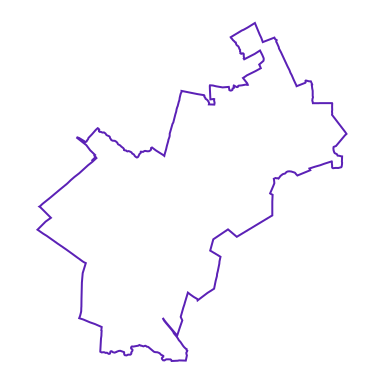 Vlasinesti, Botosani, Romania (Albers equal-area conic projection)
{"feature_id": "2599482B22967990997973", "entity_name": "Vlasinesti", "entity_type": "district", "adm_level": 2, "iso_a3": "ROU", "parent_name": "Romania", "parent_adm1": "Botosani", "projection": "albers", "projection_center": [26.916, 47.927], "detail": "fine", "context": "isolated", "style": "outline", "palette": "violet", "viewbox_px": 384, "rotation_deg": 0, "n_neighbors": 0, "source": "geoboundaries", "source_scale": "gbopen_adm2", "svg_char_len": 5917}
<svg xmlns="http://www.w3.org/2000/svg" viewBox="0 0 384 384"><path d="M220.5,256.8L210.2,250.6L213.3,239.3L228.0,229.4L236.8,236.8L272.3,215.4L272.3,201.5L272.6,194.8L270.5,193.7L270.1,193.4L273.1,186.4L274.3,183.4L274.3,182.7L274.1,180.5L273.8,178.8L274.0,178.7L275.6,178.0L276.7,178.3L277.5,178.2L278.5,178.6L280.7,175.7L281.4,175.3L282.4,174.4L283.2,174.0L284.8,173.6L285.2,173.4L286.5,172.0L287.6,171.5L289.1,171.3L291.2,171.5L294.7,172.6L295.1,172.9L296.1,174.2L297.4,175.5L310.3,170.2L309.4,168.5L315.0,166.7L320.3,165.2L324.1,163.8L331.7,161.4L331.9,161.8L331.9,163.9L332.1,165.1L332.1,166.9L332.2,167.6L332.7,168.0L333.0,168.2L335.8,167.9L338.3,168.0L341.3,167.2L341.7,166.4L342.0,164.3L342.1,162.5L341.9,161.8L342.1,156.4L341.1,156.3L339.4,155.8L337.6,155.6L336.9,154.2L334.7,153.1L334.2,152.2L333.6,150.4L333.4,148.5L333.5,147.6L333.6,147.0L333.9,146.8L336.0,146.0L344.9,135.4L346.5,133.9L345.2,132.0L332.0,114.8L332.2,113.5L332.0,111.6L332.2,109.9L332.1,106.8L332.2,103.4L332.0,103.1L312.9,103.2L312.7,101.9L312.3,100.7L312.5,98.7L312.8,98.0L313.0,97.1L312.7,96.1L312.7,90.9L312.2,88.3L311.9,85.5L311.7,85.0L311.7,84.9L312.2,84.6L312.0,84.0L310.8,81.3L309.0,81.3L305.9,80.5L305.5,80.8L305.6,82.4L305.3,82.8L296.6,86.2L296.4,85.5L293.8,80.0L291.7,75.1L290.4,72.7L289.5,70.2L287.5,66.3L281.0,52.3L279.0,48.5L278.9,48.1L278.8,47.2L276.8,42.7L276.3,41.9L276.2,41.3L276.7,40.2L276.6,39.9L275.5,39.5L275.2,39.2L274.4,37.6L262.8,42.1L261.2,37.7L259.7,34.6L254.9,23.0L247.5,27.6L243.7,29.7L241.8,30.5L230.7,37.2L231.1,37.9L232.3,39.2L233.0,40.2L234.3,41.3L234.9,42.1L235.7,42.4L236.0,43.2L235.9,43.5L236.5,44.8L237.0,45.4L238.0,46.1L238.5,46.6L239.6,49.3L240.1,49.9L240.0,51.3L240.6,52.7L240.4,53.3L241.0,53.7L241.7,53.8L242.7,53.3L243.2,53.4L243.8,54.1L243.7,56.1L244.1,57.7L244.1,58.0L243.7,58.5L244.2,59.3L254.7,53.9L260.0,50.5L262.3,55.0L263.5,57.8L263.7,58.5L263.7,59.5L263.5,60.7L263.3,61.0L259.2,64.5L260.0,66.2L260.8,68.2L255.5,71.1L246.8,75.4L245.6,76.3L243.0,78.0L247.2,83.3L247.8,84.8L247.2,84.9L246.0,84.6L245.2,84.7L242.1,85.3L238.5,85.7L238.2,85.9L238.0,86.7L237.6,87.0L237.2,87.1L236.5,87.0L233.9,85.5L233.6,86.0L233.7,86.8L234.0,87.6L233.9,87.9L233.3,88.3L232.6,88.5L232.4,89.8L232.0,90.2L230.9,90.6L230.2,90.5L229.4,90.1L228.8,86.9L222.6,87.4L216.1,86.3L212.9,85.5L210.0,85.3L209.8,85.8L209.9,89.3L210.4,99.4L213.8,99.0L214.2,99.1L214.1,100.6L214.6,102.9L214.3,104.6L208.9,104.4L209.1,103.6L209.1,103.0L208.4,101.5L207.4,100.1L206.7,99.5L205.6,98.8L205.4,98.5L205.3,97.8L204.3,96.6L204.4,95.7L204.2,95.3L203.7,95.1L197.5,94.1L181.5,90.9L181.5,92.1L180.8,93.4L180.3,95.2L179.7,97.8L179.3,100.5L178.9,101.4L177.6,106.4L177.2,107.2L176.6,109.2L176.2,111.6L175.4,114.2L173.6,121.3L173.3,122.5L172.5,123.9L169.7,133.7L169.7,135.5L169.5,136.8L168.3,140.2L168.3,140.8L166.9,145.8L166.1,149.3L164.7,154.1L164.3,155.9L163.0,154.9L156.0,150.5L152.0,147.5L151.1,148.0L151.0,149.4L150.7,150.1L150.2,150.5L149.0,151.2L147.5,151.3L145.2,150.9L144.5,151.0L143.0,151.9L141.1,151.7L140.8,151.7L140.7,151.9L140.7,152.6L140.6,153.1L139.5,154.0L138.2,156.7L137.7,157.2L136.9,157.5L135.8,156.9L135.1,156.3L134.8,156.0L133.9,154.5L132.2,153.5L131.5,152.4L130.5,151.8L129.0,151.2L128.4,151.1L127.3,151.4L126.6,151.0L125.9,150.4L125.0,150.4L124.0,150.0L123.9,148.9L123.3,148.1L121.2,146.5L120.3,145.5L118.1,144.3L117.6,143.5L117.4,142.9L116.9,142.3L115.7,141.3L114.7,140.8L112.7,140.7L111.4,140.1L110.0,137.9L109.8,136.9L109.4,136.4L106.6,135.1L106.3,134.8L105.5,133.5L105.1,133.2L103.9,132.4L102.8,132.6L102.0,132.4L100.7,131.8L99.8,131.9L99.5,131.7L99.0,131.3L98.9,130.7L99.2,129.9L98.9,129.7L98.9,129.2L98.4,128.6L97.7,128.2L95.8,129.9L91.9,134.4L88.5,137.9L88.0,139.3L87.0,140.5L86.6,141.4L85.6,142.0L79.1,138.0L77.4,137.4L77.1,137.9L86.3,145.1L90.2,150.3L95.0,154.9L94.3,155.4L94.3,155.6L95.6,157.0L92.2,160.3L92.6,160.8L96.0,157.7L96.4,158.1L92.4,161.8L88.1,165.2L79.3,173.2L74.4,177.0L70.7,180.2L67.2,183.6L59.5,189.9L50.7,197.3L42.6,203.8L41.0,205.3L40.1,206.2L39.4,206.6L40.4,207.3L50.9,217.8L45.6,221.6L37.5,229.7L43.4,233.8L46.8,235.9L57.5,243.5L66.4,249.6L82.5,261.3L83.9,262.2L85.8,263.1L82.7,273.1L81.9,282.5L81.5,298.6L81.4,306.6L81.3,307.7L81.2,311.2L80.8,313.1L80.1,315.8L79.2,318.2L83.3,319.5L89.9,322.3L94.8,324.0L101.7,327.0L101.3,330.4L101.6,330.6L101.6,331.8L101.5,332.6L101.4,335.8L101.0,338.5L100.3,351.0L100.3,351.7L101.6,352.4L103.8,352.2L104.7,352.4L105.1,352.7L105.7,352.9L106.9,352.7L108.6,353.8L109.0,353.9L109.8,353.7L110.0,353.4L110.4,351.7L110.6,351.4L111.2,351.2L111.8,351.3L112.6,352.1L114.4,352.6L114.9,352.6L115.5,352.2L116.5,352.0L116.9,351.6L119.0,350.9L120.3,350.8L124.0,352.1L124.2,352.8L124.1,353.7L124.4,354.7L124.9,355.2L126.6,355.4L128.0,354.7L130.1,354.7L130.6,354.5L131.0,354.1L131.3,353.6L131.3,352.4L132.3,350.9L132.5,350.3L132.5,349.8L132.3,349.4L131.4,348.8L131.1,348.3L131.1,347.4L131.6,346.6L132.1,346.4L132.7,346.6L133.7,346.5L138.2,345.7L138.8,345.3L139.6,345.0L140.5,345.6L141.1,345.6L143.2,346.3L143.7,346.3L144.6,345.9L145.6,345.8L146.9,346.7L147.8,346.8L148.3,347.0L153.9,351.7L155.0,352.1L157.5,352.3L159.2,353.0L159.8,353.4L161.2,354.9L162.3,355.3L163.3,355.9L163.3,356.7L162.4,357.4L161.9,358.1L161.9,358.7L162.1,359.1L163.1,360.3L164.5,360.4L165.7,359.6L166.6,359.3L170.5,359.4L171.1,359.8L171.6,361.0L177.9,360.7L179.1,360.4L185.8,360.6L186.9,355.4L186.5,354.2L186.3,353.1L186.4,352.5L187.0,351.5L187.3,350.7L186.6,350.0L186.5,349.7L186.6,349.1L185.7,348.6L184.3,347.3L183.2,346.0L180.5,342.0L178.8,340.1L177.8,338.3L176.3,336.2L174.1,333.6L173.7,333.0L173.2,331.8L171.7,329.8L165.9,322.9L164.1,320.6L162.7,318.1L163.2,318.5L164.0,319.8L166.0,322.4L177.2,335.6L179.6,328.2L182.3,320.4L180.7,316.9L183.3,307.7L184.5,304.1L184.8,302.9L187.9,292.6L190.3,294.5L193.7,296.9L197.3,299.0L197.6,300.4L207.5,292.9L214.1,288.7L215.7,280.7L216.9,276.2L217.1,273.9L217.8,271.2L219.3,263.8L219.5,261.4L220.5,256.8Z" fill="none" stroke="#5b21b6" stroke-width="2"/></svg>